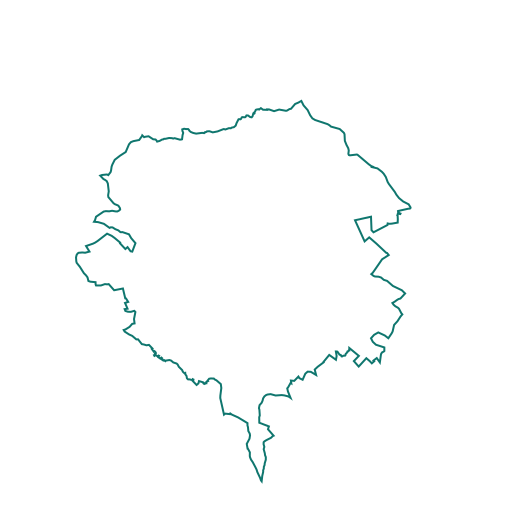 the district of San Pedro, Sucre, Colombia, rotated 317°
{"feature_id": "7082276B2903926755243", "entity_name": "San Pedro", "entity_type": "district", "adm_level": 2, "iso_a3": "COL", "parent_name": "Colombia", "parent_adm1": "Sucre", "projection": "robinson", "projection_center": [-75.049, 9.394], "detail": "fine", "context": "isolated", "style": "outline", "palette": "teal", "viewbox_px": 512, "rotation_deg": 317, "n_neighbors": 0, "source": "geoboundaries", "source_scale": "gbopen_adm2", "svg_char_len": 6141}
<svg xmlns="http://www.w3.org/2000/svg" viewBox="0 0 512 512"><g transform="rotate(317 256 256)"><path d="M255.1,90.2L254.5,90.5L249.7,91.5L244.7,88.4L242.2,87.4L239.3,87.7L231.6,91.1L224.9,89.9L218.3,89.3L213.2,91.2L211.3,92.2L208.2,94.7L206.8,95.5L203.1,96.1L202.7,94.9L201.9,94.2L198.7,91.8L196.9,91.0L196.9,95.7L197.4,97.0L197.9,99.4L197.1,101.9L192.4,108.3L189.3,110.7L188.2,112.2L187.8,120.2L188.1,121.8L189.5,124.8L189.6,125.9L189.1,128.3L188.3,129.4L186.4,129.3L184.9,128.8L183.7,127.6L181.6,124.8L179.1,123.2L176.8,120.8L174.9,119.6L165.8,118.2L162.7,120.0L160.9,120.5L163.6,123.5L166.7,128.7L168.1,135.6L169.4,136.0L170.6,137.3L171.4,140.4L172.8,143.4L173.1,145.9L173.4,146.5L174.6,147.4L177.9,153.5L176.9,157.8L176.6,164.4L168.5,168.4L167.5,167.0L168.1,161.9L165.2,161.8L165.2,153.9L165.8,153.6L164.9,146.4L164.2,142.8L162.3,138.1L150.3,137.0L147.5,136.5L145.2,135.8L138.5,132.8L137.2,139.2L133.3,137.1L131.3,134.9L128.5,132.7L127.3,132.5L125.5,132.9L123.4,134.3L120.9,137.4L120.2,138.7L119.8,143.8L118.4,151.2L118.5,154.2L118.2,156.7L116.4,160.0L117.4,161.9L120.8,165.7L119.4,167.3L118.9,168.4L122.5,171.8L126.3,173.5L127.9,175.3L129.1,176.1L128.9,184.3L136.5,189.0L131.5,197.8L132.0,198.4L131.2,202.4L128.2,201.0L126.1,206.9L123.7,205.3L123.0,207.1L124.3,209.4L126.4,211.5L129.6,213.1L129.6,214.7L123.8,218.9L121.2,222.5L119.2,221.2L115.2,221.6L110.5,220.7L108.8,219.9L108.4,221.7L109.7,226.9L111.0,230.0L111.6,235.4L112.9,236.5L112.4,242.6L113.6,244.2L115.0,246.6L117.1,248.0L117.2,253.0L116.4,252.9L116.0,256.3L116.9,256.4L116.9,257.9L116.6,258.7L115.6,258.5L115.3,259.5L113.8,259.0L113.6,259.8L115.1,260.1L115.7,262.7L116.8,262.4L117.0,262.9L115.5,263.3L116.0,265.6L117.5,265.7L117.6,266.7L116.4,266.8L116.9,269.2L117.5,269.2L117.7,269.9L118.0,269.9L118.2,270.6L117.9,270.7L118.0,271.1L118.7,271.0L121.7,273.0L122.6,274.6L122.9,277.4L124.6,280.5L124.7,281.9L124.0,284.4L124.2,289.1L123.6,290.6L123.6,291.7L123.8,293.3L124.4,293.4L123.6,294.5L123.4,296.3L122.1,298.3L122.1,299.5L122.2,300.0L123.4,301.1L124.1,302.3L125.5,303.5L125.8,303.2L126.0,303.7L125.6,304.0L125.0,303.3L124.5,303.8L124.6,309.8L127.0,309.9L129.0,308.6L131.1,312.2L130.7,313.3L130.8,313.8L131.4,313.6L131.5,314.6L132.2,314.6L132.9,315.2L133.5,314.3L135.3,314.7L135.2,314.2L138.0,313.8L139.4,314.7L141.6,316.9L141.6,318.1L142.3,320.0L142.9,325.7L140.6,328.9L134.7,333.8L133.0,335.5L124.4,350.2L126.0,350.3L129.2,354.0L129.8,353.7L130.2,355.6L132.8,361.8L135.8,372.4L134.2,374.1L133.4,375.7L131.0,378.8L130.3,381.6L129.3,383.1L126.6,385.2L121.1,387.1L118.5,391.1L118.7,391.3L117.6,395.4L115.0,398.1L114.3,399.3L113.5,401.5L113.0,404.6L111.6,409.8L110.8,412.5L109.6,415.0L107.7,421.0L106.6,423.5L106.5,424.6L110.6,421.1L114.0,418.8L115.1,417.6L116.7,416.8L118.0,415.5L119.6,414.8L121.1,413.5L124.2,411.7L126.0,409.8L126.8,407.8L127.9,406.3L129.9,402.5L131.9,401.3L133.2,398.8L134.6,397.4L135.6,397.3L137.8,397.7L143.0,399.2L145.5,399.1L146.3,399.4L146.6,390.9L149.2,389.4L144.7,380.2L148.4,376.1L150.0,375.2L153.6,370.8L154.4,369.3L156.9,367.5L160.0,367.2L162.1,366.3L164.1,365.0L166.4,364.4L168.6,364.6L170.0,365.2L172.5,367.0L175.2,371.4L179.9,375.2L181.6,377.2L183.6,380.3L184.2,381.7L184.5,383.3L187.0,376.8L188.6,374.1L189.8,374.0L194.8,372.4L195.0,373.2L196.6,370.9L198.8,373.4L204.8,373.1L204.4,374.9L205.7,378.3L211.8,375.7L214.9,375.8L217.1,378.1L218.8,384.0L221.5,379.1L225.6,379.1L233.0,379.9L233.1,379.5L242.1,378.3L243.7,386.4L246.8,384.1L249.3,380.3L250.2,381.2L250.3,381.6L249.8,385.2L250.5,386.1L250.1,387.8L250.5,388.2L251.9,388.5L253.1,389.6L253.6,389.6L254.8,388.8L257.2,388.7L257.7,388.2L258.5,388.5L259.4,388.3L259.8,388.7L261.5,386.9L263.1,399.2L255.9,399.6L255.7,406.9L267.0,406.0L267.5,410.6L267.5,413.5L270.6,413.6L270.6,412.6L274.7,413.0L274.0,418.3L279.9,413.5L281.0,412.8L282.6,412.5L284.2,413.0L285.1,413.0L287.5,410.4L283.2,402.7L282.9,398.4L284.0,394.6L288.6,394.2L293.3,395.3L296.0,402.0L296.7,406.4L302.4,405.1L304.4,404.4L310.0,400.6L314.9,400.2L320.5,398.8L323.2,398.5L323.3,396.8L324.6,392.1L324.5,390.6L323.6,387.7L323.4,385.4L323.7,383.4L326.3,384.0L328.9,384.3L330.9,384.7L332.6,385.6L339.5,385.1L339.3,380.5L335.7,371.3L334.9,363.6L333.2,360.6L332.8,357.0L331.5,354.7L329.0,352.1L328.4,350.8L328.0,347.9L329.9,347.9L332.8,347.3L346.0,344.4L353.7,345.8L353.9,343.2L353.4,342.5L352.5,329.0L351.5,319.6L345.4,319.4L352.8,297.4L366.9,305.7L358.1,315.9L358.1,318.8L373.3,323.0L374.5,322.0L375.5,323.4L377.3,324.9L382.4,328.2L384.9,325.7L387.5,322.6L387.4,322.5L388.7,321.7L390.1,323.7L390.6,323.5L389.6,321.5L390.3,320.3L390.6,320.5L390.8,320.1L399.5,325.2L400.9,326.3L401.9,326.2L402.2,325.7L402.9,322.3L400.8,316.5L400.1,311.2L400.5,306.8L401.2,303.9L402.3,293.9L402.8,291.6L404.8,286.8L405.5,282.9L405.5,280.3L404.6,274.8L401.6,270.3L402.3,270.3L401.6,268.8L401.0,265.7L399.3,251.3L399.0,250.6L393.3,246.4L392.8,245.5L393.2,244.3L395.8,242.1L396.5,240.9L397.0,240.0L397.9,236.6L399.5,232.4L403.8,227.3L404.3,225.8L403.8,220.2L399.1,212.5L398.9,210.5L398.3,208.4L392.0,196.9L391.1,193.8L391.6,190.0L393.3,184.5L393.5,178.3L394.9,173.5L391.6,172.7L388.3,171.5L382.0,172.2L380.7,171.4L377.9,170.8L377.0,170.3L372.8,164.7L368.0,162.4L365.5,157.7L364.2,156.4L363.9,156.8L360.9,153.8L360.4,151.2L358.1,151.0L357.9,150.3L356.0,149.1L355.4,149.0L353.7,149.8L352.5,149.8L352.1,150.7L351.5,150.6L351.1,150.0L348.7,151.5L347.4,151.6L346.5,150.4L346.0,147.8L344.9,146.7L343.1,147.2L342.5,147.0L340.7,145.1L340.1,144.9L338.6,145.5L337.8,145.4L336.9,144.3L336.4,144.1L332.3,145.6L330.1,146.8L327.7,146.7L325.7,145.5L324.7,145.4L323.3,144.0L319.9,142.6L319.1,141.3L318.7,141.0L312.9,138.7L308.7,136.1L307.1,133.1L305.2,131.4L304.4,131.4L302.9,130.6L302.5,130.9L301.9,130.8L300.6,129.2L295.7,125.7L294.0,123.2L292.9,120.8L292.7,119.0L293.0,117.8L292.9,116.8L291.4,115.5L290.2,113.9L288.4,113.1L287.3,114.7L287.0,115.9L286.2,116.7L285.0,117.3L281.5,120.2L280.7,119.8L279.7,119.0L276.8,114.3L275.5,113.6L274.9,112.5L272.9,110.4L269.8,108.6L268.7,107.6L267.8,107.5L266.8,106.8L264.0,106.1L261.7,104.9L262.0,103.7L262.0,102.3L260.4,100.5L259.1,95.2L256.4,93.3L255.2,92.8L255.1,90.2Z" fill="none" stroke="#0f766e" stroke-width="2"/></g></svg>